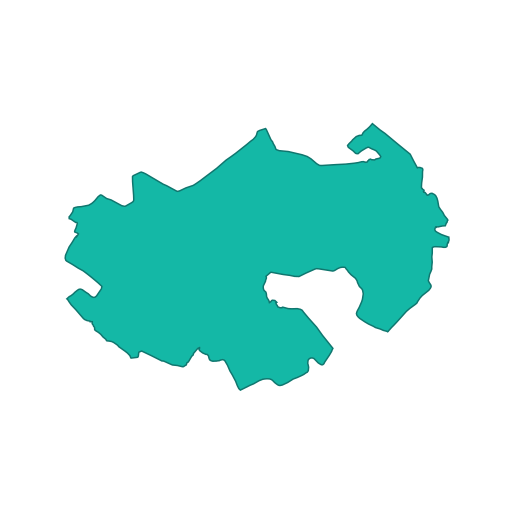 Boulkiemde, Boulkiemdé, Burkina Faso (Equal Earth projection), rotated 63°
{"feature_id": "67063806B25202403935187", "entity_name": "Boulkiemde", "entity_type": "district", "adm_level": 2, "iso_a3": "BFA", "parent_name": "Burkina Faso", "parent_adm1": "Boulkiemdé", "projection": "equal_earth", "projection_center": [-2.114, 12.316], "detail": "fine", "context": "isolated", "style": "filled", "palette": "teal", "viewbox_px": 512, "rotation_deg": 63, "n_neighbors": 0, "source": "geoboundaries", "source_scale": "gbopen_adm2", "svg_char_len": 6084}
<svg xmlns="http://www.w3.org/2000/svg" viewBox="0 0 512 512"><g transform="rotate(63 256 256)"><path d="M326.8,75.6L323.8,78.5L321.0,81.1L318.9,82.6L317.0,83.9L315.7,84.6L315.0,84.8L314.2,84.8L313.5,84.6L312.9,84.2L312.4,83.7L312.3,82.4L311.7,82.3L312.7,80.6L313.9,76.2L315.0,73.6L313.2,71.6L312.9,71.3L312.9,70.7L311.5,69.5L311.3,68.9L310.5,68.7L305.4,69.8L302.0,69.8L298.2,70.5L295.1,70.8L289.6,69.1L286.7,68.5L283.9,68.5L282.4,69.0L280.0,70.7L279.5,72.1L279.5,73.0L279.8,73.9L279.9,74.4L279.6,75.8L276.2,76.5L275.2,77.6L274.6,77.5L274.3,76.8L273.9,76.5L273.3,76.5L272.4,77.2L271.3,77.2L271.1,77.6L270.0,77.5L266.2,75.3L261.3,71.9L256.4,69.3L255.2,68.4L254.4,68.0L253.4,68.0L251.6,69.7L250.8,71.2L250.7,72.2L243.1,72.4L235.3,72.4L220.1,79.1L205.4,85.4L199.9,88.3L190.9,92.2L192.5,96.2L193.4,99.3L194.0,102.5L194.8,104.6L196.3,106.7L196.3,107.2L195.4,109.3L195.1,112.5L196.4,117.3L197.0,118.4L198.2,122.3L198.6,122.8L198.7,123.5L199.2,124.3L201.1,124.4L206.5,121.7L209.6,120.7L210.2,120.2L210.8,119.4L211.2,118.3L210.8,117.3L210.2,114.3L209.8,109.1L209.9,106.8L210.4,106.1L213.0,104.3L215.3,102.3L217.1,101.1L222.5,99.8L224.1,99.7L224.9,100.8L224.9,101.7L224.1,104.8L224.0,105.5L224.3,106.6L222.6,109.4L221.7,109.9L221.4,111.5L222.0,112.3L222.0,113.1L222.7,114.3L222.7,114.8L222.2,115.5L222.1,116.2L221.8,116.3L220.7,117.4L220.0,119.0L219.2,122.5L217.9,126.4L214.8,134.5L210.9,143.2L205.2,156.4L204.1,158.3L201.2,160.1L194.4,162.9L190.6,165.2L186.7,169.0L177.6,179.8L172.7,187.5L170.9,189.2L169.9,189.8L166.9,189.4L163.6,189.6L161.8,189.4L159.2,189.9L148.1,189.4L146.8,189.6L145.8,195.5L145.8,198.0L146.1,198.5L148.6,200.8L149.6,202.4L150.8,205.5L151.3,208.7L152.4,213.3L155.3,227.7L156.2,233.4L157.0,239.2L160.0,251.1L163.7,272.1L164.4,277.5L164.6,280.0L163.5,287.5L163.3,294.6L162.9,296.3L162.4,297.1L152.8,303.7L149.9,306.1L132.9,316.9L130.7,318.6L129.1,320.2L128.9,321.6L128.7,329.0L129.2,330.0L133.7,332.2L146.6,337.6L150.0,339.2L151.0,339.8L151.7,340.7L152.0,342.4L152.3,348.6L152.3,350.0L151.8,350.9L150.2,352.8L140.2,359.7L137.0,363.0L131.9,365.8L131.1,366.6L131.0,367.3L131.5,369.8L133.5,374.4L134.2,376.7L134.6,378.5L134.8,382.0L132.7,389.3L131.3,392.6L130.7,394.9L130.5,396.3L130.7,396.9L133.4,399.2L135.5,402.9L136.4,404.9L136.8,404.9L137.9,405.5L139.3,404.1L144.3,401.4L144.8,400.4L145.4,400.3L146.0,400.5L149.4,403.7L150.7,405.4L151.7,406.4L152.3,406.6L154.4,404.8L155.7,404.2L156.3,405.1L157.4,407.1L156.8,407.1L157.7,409.3L160.4,413.6L163.1,418.4L168.9,425.4L171.3,427.0L173.5,427.4L174.6,427.0L180.3,423.3L186.1,419.9L190.8,416.7L196.2,414.1L201.5,411.7L208.4,408.8L213.1,407.1L215.2,408.8L215.9,410.2L219.2,416.2L219.6,417.9L219.4,418.9L218.9,419.9L217.7,420.8L216.5,421.6L213.5,422.6L211.2,424.0L207.3,426.0L206.3,426.9L205.8,427.5L205.3,428.8L205.4,430.4L206.1,433.9L206.8,435.9L207.4,439.0L207.4,440.8L208.3,444.0L209.1,443.6L212.3,443.3L215.7,442.8L222.1,440.9L233.2,438.2L234.7,437.6L236.8,435.9L238.0,434.3L238.8,433.4L239.3,433.6L240.2,431.7L242.0,432.7L243.9,432.4L244.8,432.6L246.1,432.3L247.0,432.5L247.8,433.0L248.7,433.2L249.6,432.7L249.9,432.7L252.5,431.1L255.2,429.9L258.6,429.1L262.1,427.6L263.6,427.6L264.3,426.8L264.8,425.9L266.7,423.4L268.4,422.1L271.7,420.3L273.0,419.7L274.4,419.5L281.3,415.9L284.1,414.6L287.5,413.6L290.0,413.8L290.3,413.5L292.3,408.1L292.5,407.3L291.8,406.3L288.8,404.3L288.5,403.8L288.8,401.0L297.0,394.7L306.8,387.5L307.4,386.3L308.4,385.4L315.1,380.0L317.9,375.7L321.2,371.9L321.7,370.8L321.4,368.9L321.5,367.9L321.0,367.2L319.7,365.9L319.7,364.4L316.2,358.9L315.6,356.8L314.5,356.0L312.4,351.1L311.9,349.7L312.0,347.9L312.4,348.0L313.6,349.3L314.4,349.0L314.9,349.1L318.2,347.5L320.9,345.3L321.5,344.2L321.9,344.1L323.2,343.7L326.0,344.3L326.8,344.4L327.1,344.2L327.5,344.4L328.9,343.6L330.1,342.3L331.8,338.6L332.0,337.7L332.6,336.3L332.6,335.1L333.1,332.9L334.1,331.8L335.2,331.3L340.4,331.0L346.6,331.4L351.0,331.1L358.3,331.0L363.2,331.5L366.4,331.5L368.4,330.8L368.5,319.8L368.8,316.3L368.5,309.9L368.9,305.9L369.5,304.1L370.3,302.1L371.6,299.8L372.8,298.6L374.3,297.7L375.8,297.3L377.8,296.6L380.6,295.2L381.9,294.1L382.4,293.0L382.9,291.1L383.1,285.2L382.5,278.7L383.0,274.4L383.2,269.8L383.2,267.1L382.8,264.6L382.8,263.1L382.2,261.9L381.8,261.4L379.0,259.6L376.9,259.0L375.3,258.7L373.8,257.8L372.5,256.9L372.0,256.0L371.7,255.0L371.7,253.6L372.4,252.1L373.7,250.9L379.5,249.1L382.0,247.6L382.9,246.7L383.1,246.1L383.1,245.4L382.8,244.4L381.7,242.9L377.7,235.7L375.3,231.9L374.3,230.9L373.2,229.4L356.9,232.8L346.9,234.3L334.8,237.5L327.3,239.2L325.3,239.5L323.6,240.7L321.6,243.2L319.3,248.1L317.5,251.2L313.7,255.4L313.9,256.4L313.6,256.6L313.5,257.2L312.9,258.2L311.1,259.7L309.8,259.5L308.8,259.8L306.7,259.6L306.7,258.5L304.2,259.4L302.9,261.3L302.8,262.3L303.5,263.8L303.6,265.2L302.4,264.9L301.3,264.8L298.7,265.1L297.0,265.0L294.6,264.0L292.7,263.6L290.1,264.5L288.3,264.2L287.0,263.7L285.9,263.0L282.9,259.1L281.7,258.2L280.7,257.0L279.6,256.4L278.6,256.3L277.2,250.3L277.4,249.8L284.8,240.2L288.5,234.8L291.7,230.8L293.8,227.0L293.9,219.2L294.4,209.6L294.7,207.9L296.0,205.8L304.2,194.5L304.5,193.5L304.6,192.4L304.3,188.8L304.5,186.3L305.1,184.3L306.0,182.6L306.7,181.7L308.7,181.5L310.4,181.0L312.0,180.9L315.9,179.8L321.0,177.5L323.9,177.2L325.8,177.6L330.2,177.7L331.8,177.1L334.0,176.5L335.4,176.7L338.4,177.6L343.0,180.9L344.8,182.7L348.5,187.2L350.8,190.5L351.8,191.7L353.0,192.7L354.7,193.0L356.8,192.6L358.7,191.9L364.1,188.9L367.7,186.6L372.1,183.2L373.9,182.1L377.5,178.4L380.1,176.3L382.4,173.7L383.3,173.1L383.2,172.5L382.8,171.7L381.2,167.6L380.3,164.8L378.9,160.9L373.6,147.1L372.5,142.6L371.4,135.7L370.9,133.9L370.1,132.9L367.9,129.0L366.7,125.8L365.0,117.6L363.9,115.3L363.0,114.1L362.2,113.6L361.1,113.4L358.4,113.7L356.3,113.7L351.1,109.6L349.1,107.1L347.4,105.3L345.2,104.2L341.5,101.8L336.5,99.7L333.4,97.6L328.7,95.2L328.5,94.2L328.6,93.2L329.3,91.6L332.0,86.8L333.4,85.0L334.1,83.6L334.3,83.0L334.3,82.4L334.3,81.9L333.8,81.1L332.6,80.5L331.0,78.9L331.4,78.5L330.7,78.0L329.6,76.9L328.3,76.2L327.8,76.3L326.8,75.6Z" fill="#14b8a6" stroke="#0f766e" stroke-width="1.5"/></g></svg>